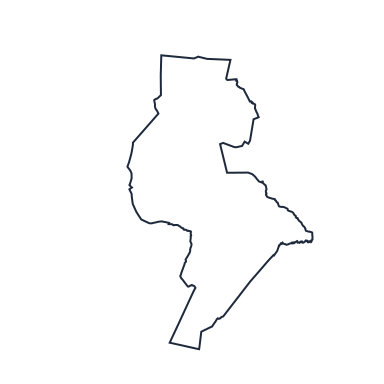 Valkenswaard, Noord-Brabant, Netherlands (Natural Earth projection), rotated 139°
{"feature_id": "6326949B31690191590270", "entity_name": "Valkenswaard", "entity_type": "district", "adm_level": 2, "iso_a3": "NLD", "parent_name": "Netherlands", "parent_adm1": "Noord-Brabant", "projection": "natural_earth1", "projection_center": [5.439, 51.32], "detail": "fine", "context": "isolated", "style": "outline", "palette": "slate", "viewbox_px": 384, "rotation_deg": 139, "n_neighbors": 0, "source": "geoboundaries", "source_scale": "gbopen_adm2", "svg_char_len": 5647}
<svg xmlns="http://www.w3.org/2000/svg" viewBox="0 0 384 384"><g transform="rotate(139 192 192)"><path d="M125.5,315.3L139.1,300.5L151.9,285.5L156.6,285.3L156.9,285.4L157.9,285.7L158.1,285.9L159.2,286.1L160.3,286.1L161.7,283.7L162.1,283.0L162.6,282.2L164.0,280.7L165.0,278.3L165.0,277.0L165.2,275.9L165.9,273.2L204.2,268.0L205.5,266.5L208.5,264.0L211.1,261.9L213.2,260.3L219.8,255.9L224.2,253.4L224.5,248.6L225.4,245.8L228.5,242.0L232.5,239.4L234.3,238.5L234.3,238.2L234.7,238.0L234.4,234.8L236.4,235.1L237.5,235.1L238.8,230.2L240.1,228.6L244.1,222.6L244.4,222.0L244.7,221.4L247.1,213.3L248.2,205.5L248.3,204.9L248.2,204.4L248.1,204.0L247.3,202.2L244.7,196.4L244.4,196.1L243.2,195.0L242.9,194.7L241.5,194.1L238.9,192.6L237.0,191.7L234.3,189.8L233.8,189.3L232.8,187.9L232.4,187.5L229.8,184.0L229.6,183.7L230.4,183.3L230.7,183.1L229.5,182.0L228.8,181.4L228.0,180.4L227.9,180.0L228.0,179.5L227.9,179.2L227.6,178.8L227.1,178.7L226.6,178.4L224.7,176.7L224.4,176.4L224.0,174.7L223.6,173.6L223.5,172.5L223.0,171.0L222.4,170.2L222.5,169.9L222.8,169.7L222.9,169.2L222.7,168.6L222.1,168.2L221.4,167.5L221.3,167.4L221.1,166.0L221.0,165.7L220.8,165.5L220.4,165.5L219.9,164.6L219.0,163.6L218.8,163.0L218.8,162.9L218.9,162.6L219.2,162.6L219.6,162.1L220.1,161.7L220.4,161.4L220.5,161.2L220.8,160.3L221.1,159.8L221.3,159.6L222.0,159.6L222.6,158.7L223.2,158.1L223.8,157.5L225.0,156.5L225.5,156.0L225.6,155.9L226.4,153.3L226.6,152.9L227.4,152.2L228.6,151.3L229.5,151.0L229.8,150.8L230.4,150.3L231.0,149.9L231.3,149.7L231.8,148.9L232.5,148.4L233.2,147.9L233.7,147.7L234.3,147.5L237.0,146.5L238.9,145.9L241.0,145.3L241.3,145.1L241.7,144.0L242.0,143.6L242.4,143.4L243.0,143.3L243.6,143.3L244.0,143.2L245.0,142.4L252.8,138.1L253.7,137.6L254.2,137.1L255.3,136.6L255.8,136.4L256.0,136.3L256.1,136.1L256.7,134.0L256.7,133.2L256.6,132.7L257.1,124.8L257.1,123.3L257.0,123.1L256.6,122.8L255.3,122.6L254.7,122.5L254.1,122.2L253.3,122.0L253.1,121.9L253.1,121.7L253.2,121.3L252.5,120.6L252.3,120.3L252.0,119.4L252.3,117.4L255.0,116.4L257.2,115.5L288.3,101.5L307.7,92.9L289.8,68.7L288.9,69.4L276.6,80.5L265.6,77.5L265.3,77.3L259.0,78.9L256.7,79.7L255.8,79.7L255.7,79.6L255.4,79.7L255.1,78.9L255.0,78.7L254.4,78.4L253.9,78.4L253.7,78.3L253.4,78.1L253.2,78.1L253.0,78.3L252.7,78.4L252.0,78.3L251.1,78.1L250.4,77.7L250.1,77.6L207.0,86.2L181.1,89.9L177.3,90.4L171.8,90.9L171.7,90.3L166.1,91.7L165.6,92.1L163.1,93.5L161.7,94.4L161.6,94.1L159.9,94.7L158.8,94.2L158.8,94.4L158.5,94.9L158.2,94.7L157.8,94.5L157.2,94.4L156.9,94.4L157.0,93.8L156.5,92.1L155.8,91.4L155.5,90.5L155.2,90.1L154.8,90.0L153.8,89.4L152.9,89.2L151.5,88.7L151.1,88.3L150.5,87.9L150.2,87.9L149.9,88.3L149.0,87.7L149.5,87.7L149.8,87.5L149.8,87.2L149.7,87.1L149.4,86.9L148.8,87.1L148.7,87.1L148.6,86.6L148.3,86.3L147.6,86.4L146.6,86.3L145.6,86.2L144.8,86.0L144.8,85.8L144.8,85.7L145.2,85.3L145.4,84.7L145.5,84.5L145.4,84.3L144.5,83.8L144.3,83.6L144.2,83.1L143.9,83.1L143.5,83.4L143.2,83.4L142.9,83.4L142.2,82.9L142.4,82.5L142.3,82.4L142.1,82.4L141.7,82.8L141.5,82.6L142.0,81.8L142.0,81.6L141.9,81.3L141.4,81.2L141.0,80.6L140.6,80.6L139.9,80.7L139.0,80.4L138.6,80.4L138.2,80.8L137.9,80.8L137.1,79.8L137.0,79.6L136.9,79.3L137.0,79.1L137.5,78.9L137.5,78.0L137.2,77.7L136.9,77.6L135.9,77.8L135.8,77.6L135.8,77.2L135.1,77.2L135.1,76.3L135.1,76.1L134.7,76.1L133.9,76.5L133.6,76.9L133.4,77.2L132.6,77.0L132.1,77.2L131.7,77.9L131.0,78.5L130.2,79.5L129.6,80.4L128.1,82.2L127.9,82.6L128.1,83.0L128.5,83.7L129.1,84.7L129.6,85.2L130.1,85.7L131.4,87.9L131.4,88.2L131.1,89.0L130.9,89.5L130.5,89.9L130.4,90.6L130.2,90.9L130.1,92.5L130.4,93.1L130.3,94.3L130.2,95.1L129.9,96.3L129.6,96.8L129.7,98.4L129.8,98.8L130.0,99.4L130.1,100.1L129.9,101.2L130.0,101.9L129.9,102.2L129.5,102.6L129.4,102.9L129.4,103.0L129.6,103.3L130.1,103.7L130.2,104.0L130.1,105.1L129.5,105.5L129.4,105.9L129.4,106.1L129.6,106.6L129.6,107.3L129.7,107.6L129.8,107.8L129.6,108.6L129.3,109.2L129.4,110.5L129.4,110.8L129.6,111.4L130.0,112.2L130.3,112.6L131.2,114.0L131.4,114.6L131.6,115.0L131.6,115.3L131.0,116.5L131.0,116.8L131.2,117.4L132.4,120.1L133.2,121.2L134.0,121.8L135.3,123.3L135.6,123.9L135.7,124.3L135.6,124.7L134.5,127.2L134.3,127.8L134.7,128.4L134.7,128.7L134.6,129.3L134.6,129.6L134.3,130.5L134.6,131.2L134.6,131.7L134.3,132.2L134.2,132.3L134.3,132.5L135.7,134.2L137.3,136.7L138.3,138.6L138.4,138.9L138.4,139.4L138.0,140.8L138.1,141.1L137.9,141.6L137.6,141.8L136.8,141.9L136.6,142.1L136.5,142.4L136.5,143.0L136.4,143.3L136.2,143.6L135.3,144.6L134.2,145.0L133.9,145.2L132.4,148.0L132.1,148.8L132.1,149.1L132.3,149.4L132.4,150.3L132.5,152.9L132.2,153.3L131.8,153.5L132.0,153.8L132.7,153.6L133.0,153.2L134.5,155.9L134.5,159.5L134.3,162.1L134.8,165.9L136.9,169.8L152.9,183.5L139.4,209.7L136.3,208.6L130.7,198.3L129.5,196.9L124.0,193.9L119.2,195.5L117.9,191.5L114.5,192.7L97.8,206.5L92.7,204.7L92.6,205.2L92.4,205.3L92.1,206.5L91.8,207.0L91.3,208.1L91.0,209.5L90.8,210.0L90.8,210.3L90.6,210.6L90.4,211.7L90.0,212.5L89.8,212.8L89.8,213.3L89.8,213.5L89.2,214.3L87.4,216.0L87.0,216.6L87.0,216.9L87.1,217.5L87.7,218.3L87.8,218.6L88.0,218.7L88.1,219.2L88.4,219.7L88.5,220.1L88.4,220.3L87.8,220.1L87.6,220.1L87.9,221.7L89.0,222.4L88.9,222.6L88.8,222.8L87.3,228.9L87.1,229.8L87.0,230.2L86.3,233.3L85.6,235.6L85.7,235.9L86.4,237.1L87.0,238.4L87.5,239.4L87.5,240.2L87.6,240.5L87.9,240.8L88.0,241.1L87.9,242.9L88.0,243.1L88.0,243.4L87.4,243.9L87.3,244.2L86.5,244.6L85.9,244.9L85.7,245.1L85.4,245.9L85.3,246.0L85.5,246.4L85.6,246.5L85.1,247.0L85.3,247.5L84.7,247.3L84.4,247.9L86.3,249.4L86.7,249.6L91.4,253.0L91.7,253.3L91.9,253.5L91.9,255.1L76.3,266.5L93.3,282.6L98.1,289.4L98.4,290.0L102.9,291.5L125.5,315.3Z" fill="none" stroke="#1e293b" stroke-width="2"/></g></svg>